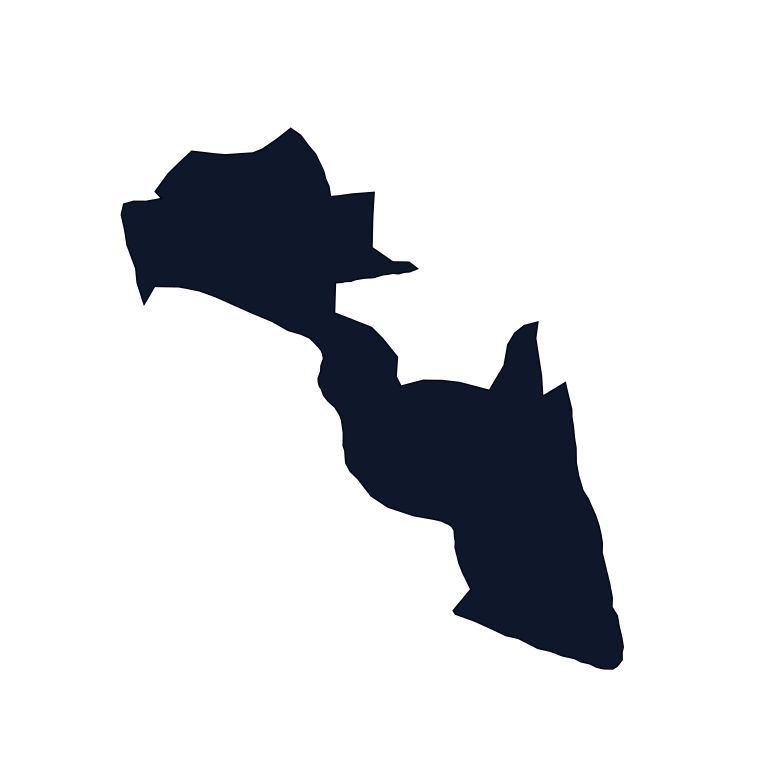 Arochukwu, Abia, Nigeria, rotated 13°
{"feature_id": "59680162B7938799528038", "entity_name": "Arochukwu", "entity_type": "district", "adm_level": 2, "iso_a3": "NGA", "parent_name": "Nigeria", "parent_adm1": "Abia", "projection": "orthographic", "projection_center": [7.82, 5.498], "detail": "fine", "context": "isolated", "style": "filled", "palette": "ink", "viewbox_px": 768, "rotation_deg": 13, "n_neighbors": 0, "source": "geoboundaries", "source_scale": "gbopen_adm2", "svg_char_len": 2362}
<svg xmlns="http://www.w3.org/2000/svg" viewBox="0 0 768 768"><g transform="rotate(13 384 384)"><path d="M509.1,592.6L519.3,593.8L525.0,594.5L540.7,597.6L540.9,597.7L543.1,598.1L543.3,598.1L559.3,601.7L571.9,601.6L593.5,607.0L606.1,606.9L618.8,608.7L631.4,608.6L638.6,610.4L647.6,610.3L654.8,612.1L662.0,612.1L671.0,610.2L674.6,606.6L676.4,602.9L678.1,599.3L677.4,596.5L676.3,592.0L676.3,589.3L676.3,586.5L672.6,577.4L667.2,566.5L663.5,557.4L656.3,550.2L654.5,541.1L649.0,528.4L641.7,513.8L634.4,499.3L632.6,490.2L628.9,481.1L625.3,473.8L619.9,464.8L616.4,460.2L614.4,457.5L609.0,450.2L603.2,444.5L601.8,443.0L594.5,430.3L589.0,417.5L585.4,403.0L581.7,393.9L578.1,383.0L574.4,373.9L572.6,366.6L563.5,348.5L561.3,343.8L560.4,341.8L541.4,360.3L535.5,340.4L521.5,305.4L520.0,289.0L507.4,295.6L500.0,305.0L495.8,317.7L496.9,338.9L488.1,366.5L457.2,365.6L440.1,367.5L421.4,371.6L401.0,382.3L394.1,374.0L391.0,354.7L372.3,340.0L359.1,331.7L319.8,325.9L313.9,296.3L320.1,294.4L323.0,292.9L328.7,291.3L332.2,288.9L340.8,285.3L349.8,282.7L358.1,277.9L362.9,276.2L367.7,274.1L373.4,273.3L378.6,270.5L383.6,269.0L390.7,264.1L385.7,261.8L381.0,259.7L365.0,263.1L341.6,253.8L337.3,233.2L335.8,225.7L333.5,213.0L331.3,199.5L310.2,206.1L298.0,210.8L289.7,213.5L285.9,203.9L280.9,197.2L277.4,190.2L265.6,175.4L261.0,172.0L256.6,168.7L247.0,160.5L235.6,155.9L224.9,169.3L212.5,182.7L204.3,188.4L177.9,196.4L168.2,197.8L144.1,200.5L143.7,201.4L134.5,215.0L126.5,227.6L117.8,248.0L125.7,253.3L111.1,259.6L99.0,262.3L89.9,267.3L90.0,278.2L96.7,292.2L102.3,306.2L116.2,327.3L120.7,340.9L132.3,360.3L138.5,340.5L162.3,335.4L183.1,334.7L200.2,336.8L239.0,344.4L261.1,348.1L278.5,353.3L279.5,353.4L282.9,353.6L292.0,354.1L296.6,355.0L301.1,355.9L305.6,358.6L311.1,362.2L314.8,364.9L317.5,368.5L319.4,373.1L318.5,380.4L319.5,385.9L318.6,393.2L319.6,396.9L321.4,400.5L324.2,403.2L327.8,408.7L333.3,413.2L341.5,417.7L344.2,420.5L347.9,424.1L350.7,428.6L352.5,433.2L355.3,440.5L357.2,448.7L358.1,453.3L360.9,457.8L362.8,464.2L364.6,469.7L370.9,476.8L371.0,476.9L380.1,482.4L396.5,495.9L415.6,503.1L442.8,505.6L461.8,504.6L466.3,504.5L470.8,504.5L474.4,505.4L479.0,506.2L482.6,508.0L485.3,510.8L487.2,517.2L489.1,521.7L490.0,527.2L494.6,536.3L497.4,541.8L501.8,548.2L502.9,549.9L514.8,564.5L502.4,589.3L505.4,592.2L509.1,592.6Z" fill="#0f172a" stroke="#020617" stroke-width="1.5"/></g></svg>